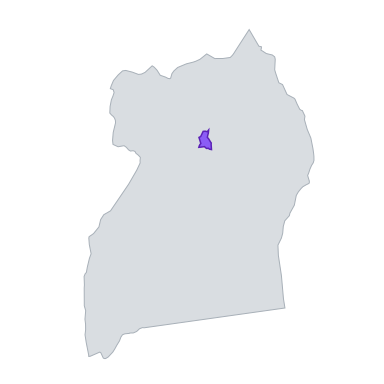 Kole on a map of Uganda (Natural Earth projection), rotated 352°
{"feature_id": "UGA-5605", "entity_name": "Kole", "entity_type": "District", "adm_level": 1, "iso_a3": "UGA", "parent_name": "Uganda", "parent_adm1": "", "projection": "natural_earth1", "projection_center": [32.715, 2.291], "detail": "fine", "context": "in_parent", "style": "filled", "palette": "violet", "viewbox_px": 384, "rotation_deg": 352, "n_neighbors": 0, "source": "natural_earth", "source_scale": "10m", "svg_char_len": 2597}
<svg xmlns="http://www.w3.org/2000/svg" viewBox="0 0 384 384"><g transform="rotate(352 192 192)"><path d="M267.9,319.8L262.8,319.8L254.6,319.8L246.3,319.8L238.0,319.8L229.8,319.8L221.5,319.8L213.3,319.8L205.0,319.8L196.7,319.8L188.5,319.8L180.2,319.8L172.0,319.8L163.7,319.8L155.4,319.8L147.2,319.8L138.9,319.8L130.7,319.8L125.8,319.8L124.8,319.6L124.1,319.4L121.0,320.1L117.8,322.4L114.3,323.4L110.7,323.0L110.2,323.3L108.4,323.2L105.7,323.1L103.3,323.7L101.4,325.8L99.5,329.3L96.2,333.3L93.5,336.9L91.3,339.5L86.1,343.7L83.3,344.9L81.9,344.7L81.0,344.0L79.4,338.6L78.4,337.7L68.4,340.5L66.9,340.5L67.0,338.9L66.3,326.2L66.2,318.5L67.5,313.6L68.2,308.0L68.3,303.1L70.2,294.7L69.5,289.7L71.9,272.0L72.5,269.2L73.4,260.6L74.9,258.0L76.2,257.0L77.9,251.8L81.2,243.4L83.5,239.1L83.0,229.7L83.4,223.3L83.9,221.9L88.7,219.5L95.0,213.6L97.7,206.6L101.5,202.2L108.7,199.3L130.3,175.5L140.4,162.6L144.7,156.0L144.9,153.7L145.7,150.6L144.0,148.1L141.9,145.9L141.2,143.9L139.4,142.9L136.8,142.9L135.1,141.5L133.2,138.6L131.2,136.7L125.1,136.9L120.4,133.9L120.5,129.9L122.3,122.0L125.9,112.9L126.1,110.4L125.6,108.2L124.7,106.4L123.1,104.6L121.6,102.4L122.8,95.9L125.0,89.5L126.9,86.3L128.7,82.7L128.2,79.7L125.5,78.3L126.9,75.4L129.8,70.6L135.3,65.7L140.1,62.4L143.3,62.4L149.6,65.0L155.3,68.1L158.4,68.2L162.2,67.0L170.1,61.5L172.0,63.2L174.3,66.5L176.8,72.0L181.7,74.5L184.1,76.2L185.8,76.7L186.7,76.3L188.6,72.0L190.9,69.6L195.1,66.7L204.3,64.3L210.9,63.6L213.7,63.1L218.4,61.7L225.8,57.3L233.1,63.0L241.0,64.1L248.6,64.1L251.0,62.3L252.3,61.0L260.3,51.7L271.2,39.1L278.5,56.9L281.0,57.9L280.6,59.5L280.0,61.0L284.8,65.2L290.6,67.5L292.7,69.7L292.9,72.1L290.9,82.5L291.3,85.4L293.2,95.9L296.6,98.2L299.7,108.7L306.0,113.2L306.9,114.4L308.3,119.5L310.2,125.1L311.7,126.4L312.6,126.7L314.4,132.6L313.4,136.0L314.8,146.0L317.2,155.1L317.8,165.8L317.8,170.6L317.7,173.5L317.2,177.6L316.1,180.0L314.1,182.3L311.9,185.9L310.0,189.8L308.8,191.7L309.7,197.5L309.5,199.0L309.0,199.8L306.2,200.7L302.5,202.2L300.4,203.8L297.3,206.7L294.8,209.9L291.5,219.3L286.0,226.6L285.1,229.0L279.9,233.4L277.6,238.8L276.1,245.4L274.1,250.1L269.7,256.6L268.7,266.8L268.9,287.3L267.7,310.6L267.9,319.8Z" fill="#d9dde1" stroke="#a8b0b8" stroke-width="1"/><path d="M215.5,134.4L217.1,132.9L216.4,135.9L215.5,138.0L214.8,140.0L215.9,141.7L217.1,144.6L217.9,146.2L217.6,147.2L217.2,152.7L215.2,152.0L214.3,151.0L212.5,150.9L211.5,149.9L210.7,148.8L207.3,148.8L205.0,148.7L205.6,147.4L206.4,146.2L207.5,145.2L206.5,138.9L208.3,138.3L211.5,133.5L213.5,133.6L215.5,134.4Z" fill="#8b5cf6" stroke="#5b21b6" stroke-width="1.5"/></g></svg>